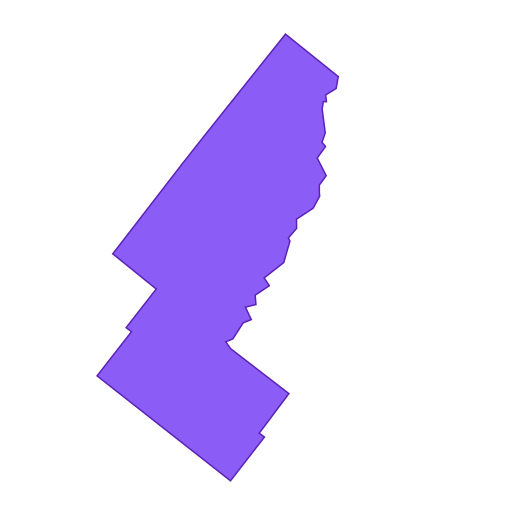 outline of Howard, Arkansas, United States of America, rotated 217°
{"feature_id": "52423323B29422586516725", "entity_name": "Howard", "entity_type": "district", "adm_level": 2, "iso_a3": "USA", "parent_name": "United States of America", "parent_adm1": "Arkansas", "projection": "mercator", "projection_center": [-94.035, 34.052], "detail": "fine", "context": "isolated", "style": "filled", "palette": "violet", "viewbox_px": 512, "rotation_deg": 217, "n_neighbors": 0, "source": "geoboundaries", "source_scale": "gbopen_adm2", "svg_char_len": 708}
<svg xmlns="http://www.w3.org/2000/svg" viewBox="0 0 512 512"><g transform="rotate(217 256 256)"><path d="M310.8,64.6L141.1,61.1L140.3,116.5L146.8,116.4L146.9,165.9L147.5,165.9L220.6,166.7L228.5,169.3L224.6,175.9L226.0,194.9L221.5,202.4L233.7,208.8L226.8,217.2L233.1,224.2L227.5,240.3L236.3,243.4L229.9,267.5L237.9,288.4L241.0,289.9L240.2,302.5L245.8,309.8L239.1,328.7L241.2,342.2L243.6,344.8L248.1,350.8L248.3,362.4L266.1,371.1L266.4,385.3L271.7,386.5L274.8,396.0L291.6,413.2L295.2,419.9L292.6,421.6L297.3,426.6L292.8,438.1L298.3,448.8L299.1,448.8L366.0,450.9L369.6,320.9L370.4,283.7L371.7,171.5L315.8,169.6L316.6,120.6L309.9,120.6L310.8,64.6Z" fill="#8b5cf6" stroke="#5b21b6" stroke-width="1.5"/></g></svg>